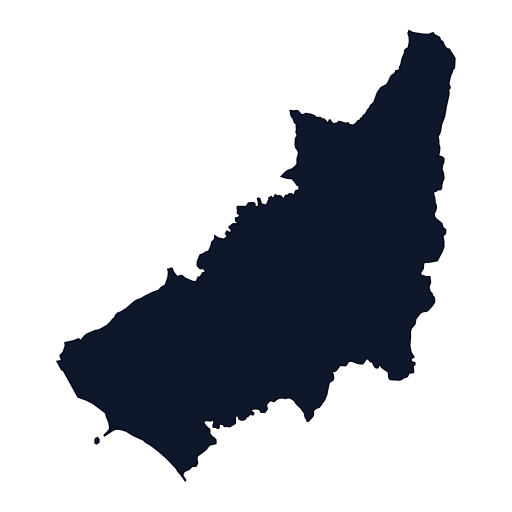 the district of Mele, Shefa, Vanuatu
{"feature_id": "77236927B59461179812420", "entity_name": "Mele", "entity_type": "district", "adm_level": 2, "iso_a3": "VUT", "parent_name": "Vanuatu", "parent_adm1": "Shefa", "projection": "robinson", "projection_center": [168.323, -17.649], "detail": "fine", "context": "isolated", "style": "filled", "palette": "ink", "viewbox_px": 512, "rotation_deg": 0, "n_neighbors": 0, "source": "geoboundaries", "source_scale": "gbopen_adm2", "svg_char_len": 6060}
<svg xmlns="http://www.w3.org/2000/svg" viewBox="0 0 512 512"><path d="M443.9,158.5L441.6,156.7L438.4,156.1L439.4,151.5L439.7,147.4L438.6,144.0L438.8,141.2L437.9,136.3L439.4,134.0L440.4,131.3L441.5,124.3L444.5,116.6L446.2,106.5L448.9,94.4L448.9,91.7L448.4,90.5L450.1,87.6L448.7,83.4L450.6,75.2L452.1,72.3L452.7,69.6L454.4,68.0L454.9,58.2L449.1,49.1L447.7,49.1L446.2,48.1L444.8,46.5L442.7,41.8L442.0,41.1L440.8,41.2L439.5,37.4L434.2,34.6L433.1,32.8L428.5,34.5L422.6,34.2L412.9,32.7L409.0,30.7L408.1,33.4L409.3,37.1L409.5,41.9L408.4,47.2L407.6,48.4L405.6,49.3L404.8,50.4L404.6,52.9L402.2,58.5L400.7,65.6L399.7,66.6L399.5,68.4L400.3,69.8L395.8,70.9L395.6,72.1L394.4,73.7L391.5,75.6L390.8,76.6L387.5,83.7L385.7,85.2L381.2,87.4L377.5,92.5L373.9,102.3L370.4,105.7L369.5,108.0L367.6,110.0L365.5,114.0L363.4,115.5L362.4,117.5L360.8,118.5L360.1,120.1L358.1,120.7L356.0,123.4L354.9,123.9L354.2,125.4L350.9,124.8L349.1,125.3L348.8,123.5L348.1,122.9L347.4,122.9L347.2,123.5L346.0,123.5L339.1,121.4L337.4,123.0L333.0,124.0L329.9,119.9L329.4,120.0L328.5,122.5L326.7,122.8L326.5,121.7L324.1,119.1L321.8,119.0L321.0,117.9L320.0,117.5L316.4,117.7L314.9,116.1L312.0,114.6L305.9,113.5L303.7,114.6L301.4,114.8L298.1,111.1L297.0,110.6L293.5,111.0L290.3,110.6L291.1,115.8L293.0,118.3L294.5,122.4L297.2,125.0L296.6,125.1L296.3,126.0L296.6,130.0L296.0,131.7L297.3,135.4L295.6,138.3L295.2,144.1L295.7,147.4L297.8,150.3L298.7,153.0L297.1,159.0L297.2,163.6L295.8,165.9L292.2,169.0L288.0,170.4L284.9,172.7L281.3,176.5L286.9,178.2L291.8,178.6L295.2,182.1L296.7,184.7L299.0,185.9L299.2,189.9L295.8,190.7L294.1,195.2L293.1,195.2L291.6,193.7L289.1,193.9L287.8,195.3L285.9,195.4L285.2,196.1L283.9,199.0L282.8,198.5L281.0,196.3L279.5,195.6L277.2,196.1L275.8,194.9L275.1,194.9L274.0,197.3L272.5,198.6L271.3,196.6L269.1,197.7L268.9,199.9L268.0,201.3L267.7,203.0L266.9,203.6L266.8,204.8L265.1,205.1L261.9,204.2L261.2,203.4L259.8,199.0L258.9,198.1L257.6,198.6L258.7,203.7L258.2,206.5L257.7,206.9L255.0,206.6L254.9,204.0L254.4,203.2L252.4,202.6L248.4,203.1L246.2,206.6L237.5,206.5L237.1,208.0L237.7,209.4L237.5,213.4L239.0,214.1L239.9,215.5L238.2,217.5L235.6,218.0L235.7,220.7L236.7,221.9L237.2,221.8L237.9,224.5L235.9,223.8L232.8,223.9L229.0,227.2L231.2,229.7L231.4,231.6L230.4,232.6L228.9,232.3L227.5,231.2L226.7,231.3L225.6,233.7L227.0,235.4L227.0,236.9L223.8,239.3L217.8,237.9L214.9,235.8L214.8,238.4L214.0,240.1L211.9,242.0L211.1,245.7L208.7,251.3L206.0,252.0L203.2,253.9L200.2,254.9L197.6,260.9L197.2,264.4L197.4,265.7L199.4,268.0L200.9,268.7L202.7,267.9L204.9,270.2L205.7,272.4L202.8,272.8L200.6,276.4L199.7,277.2L198.2,277.1L196.4,281.5L193.9,281.7L191.4,281.0L185.0,278.2L182.3,275.8L180.0,275.6L178.7,276.4L177.0,276.6L173.3,271.9L172.2,268.5L170.8,268.2L169.4,269.1L167.8,269.3L168.6,271.7L168.1,277.0L165.4,285.0L161.0,287.6L158.8,290.3L152.9,292.4L144.9,296.3L141.0,298.7L137.3,299.9L134.6,301.5L126.3,308.6L121.9,311.5L117.5,313.3L115.5,315.5L114.5,318.1L112.8,319.1L111.3,321.3L107.4,325.2L99.4,329.8L95.0,330.7L86.9,334.1L84.5,336.1L80.6,340.9L78.6,338.8L73.5,340.9L65.0,342.7L65.4,345.7L63.2,352.3L60.1,355.5L61.7,360.6L57.1,361.4L61.7,369.8L63.2,370.1L78.0,397.0L86.8,400.2L93.4,403.6L105.7,413.0L106.4,416.3L108.9,422.2L109.8,427.8L109.5,429.3L108.0,431.4L104.2,435.1L104.5,435.8L113.3,430.0L116.4,429.0L120.2,429.3L126.3,431.1L132.5,435.0L143.7,440.2L145.8,442.3L150.7,445.1L159.4,451.8L166.7,458.3L176.4,468.5L177.9,471.3L181.2,475.1L185.6,481.3L185.3,479.3L183.6,477.1L182.6,474.9L183.7,472.3L184.8,471.2L189.0,469.4L192.0,466.4L196.1,466.1L197.5,463.1L196.8,458.5L197.3,456.0L204.0,451.2L206.6,448.8L209.3,445.1L215.9,443.5L215.8,439.9L214.6,438.4L212.1,436.7L209.8,433.7L209.5,432.9L209.9,430.4L209.4,429.2L205.7,426.0L203.9,422.9L203.9,421.9L205.4,420.3L210.7,420.9L213.7,419.4L213.9,423.4L213.0,425.5L213.3,427.1L215.9,427.2L217.3,428.2L218.6,428.2L219.1,427.2L219.0,424.9L220.1,424.0L223.0,424.3L224.4,426.4L227.9,426.3L229.6,426.8L235.2,423.4L235.4,420.0L235.0,417.7L236.2,415.8L238.1,415.8L239.0,419.0L241.6,420.1L243.2,420.0L245.5,418.9L246.3,416.7L248.0,416.5L248.5,415.2L249.7,414.8L250.3,414.0L251.3,413.8L252.2,414.8L253.4,414.6L253.7,412.8L251.0,411.2L251.0,410.4L251.8,409.6L253.9,408.8L258.0,408.9L260.2,410.0L261.0,412.2L264.8,412.3L267.2,409.1L266.3,404.7L269.5,400.9L271.4,400.7L274.0,401.6L276.8,399.2L279.1,398.2L283.1,397.7L284.9,398.5L288.6,397.6L291.0,398.3L293.6,400.1L295.4,401.9L296.0,403.4L301.1,408.3L304.6,413.3L305.2,417.2L306.3,418.6L307.1,421.1L308.2,421.3L312.6,416.6L313.5,414.3L313.2,411.3L313.6,410.6L315.5,408.6L319.5,407.0L324.7,399.6L326.7,394.5L329.0,383.1L330.1,381.8L332.7,380.3L333.6,378.4L333.2,374.7L332.2,372.7L332.9,371.6L335.3,371.1L336.4,370.2L340.0,365.3L345.5,365.6L346.6,364.6L348.0,362.1L349.8,361.0L352.8,361.4L357.4,363.3L361.8,363.9L363.0,363.5L366.6,358.4L368.1,359.0L370.8,361.9L372.1,361.1L373.5,364.7L375.3,367.3L376.3,367.9L378.1,367.6L378.4,365.3L379.5,364.8L382.8,368.3L387.0,370.9L388.5,372.6L388.8,377.3L389.5,378.9L390.4,379.5L398.9,380.0L401.3,379.5L404.3,377.5L406.8,376.9L407.9,375.5L408.7,373.1L413.0,372.6L413.6,371.8L413.0,366.0L414.8,364.5L414.9,362.9L411.6,361.7L411.0,360.4L411.0,358.9L413.9,357.0L411.0,352.3L409.7,345.7L410.4,337.0L410.3,331.3L411.5,328.0L414.9,324.0L415.8,318.8L419.6,313.9L421.2,312.4L423.5,311.5L426.7,311.2L428.2,310.0L432.0,306.0L434.5,302.3L434.5,298.7L433.8,297.0L432.6,296.0L432.0,293.6L430.0,291.6L428.8,287.5L430.5,282.0L429.8,276.7L426.3,276.8L419.9,274.8L420.6,273.8L420.9,271.9L423.1,268.9L423.5,264.2L424.3,262.2L427.9,262.3L437.2,260.7L442.1,251.5L443.9,246.4L443.7,241.1L442.8,236.1L445.4,233.5L445.7,229.9L442.8,227.4L441.8,223.5L435.6,218.5L434.2,216.0L434.1,213.5L435.8,210.2L436.3,207.0L435.9,204.5L435.2,203.6L434.6,197.9L433.4,193.7L434.1,191.4L436.2,191.1L438.4,189.1L439.4,189.7L440.5,189.6L441.6,188.2L441.5,186.2L442.5,181.4L443.9,178.6L443.3,173.0L441.9,169.4L442.4,165.3L443.6,162.6L443.9,158.5ZM95.1,439.5L95.1,443.0L96.7,443.8L98.9,442.1L98.6,441.2L99.1,439.8L97.7,437.7L95.8,438.5L95.1,439.5Z" fill="#0f172a" stroke="#020617" stroke-width="1.5"/></svg>